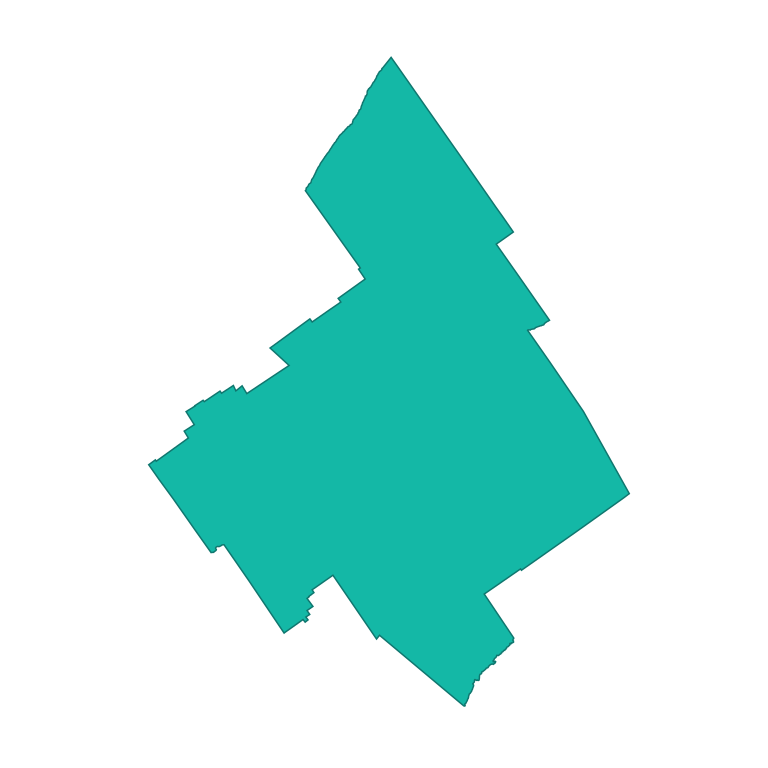 Luján, Buenos Aires, Argentina (orthographic projection), rotated 177°
{"feature_id": "61730980B60632601419482", "entity_name": "Luján", "entity_type": "district", "adm_level": 2, "iso_a3": "ARG", "parent_name": "Argentina", "parent_adm1": "Buenos Aires", "projection": "orthographic", "projection_center": [-59.164, -34.589], "detail": "fine", "context": "isolated", "style": "filled", "palette": "teal", "viewbox_px": 768, "rotation_deg": 177, "n_neighbors": 0, "source": "geoboundaries", "source_scale": "gbopen_adm2", "svg_char_len": 6056}
<svg xmlns="http://www.w3.org/2000/svg" viewBox="0 0 768 768"><g transform="rotate(177 384 384)"><path d="M613.8,300.7L600.8,280.8L580.2,247.9L565.5,224.7L565.2,224.8L562.9,224.8L562.6,225.2L562.3,225.4L560.9,226.3L560.5,226.6L560.1,227.3L560.1,227.6L560.4,227.9L560.7,228.4L560.8,229.0L560.4,229.6L560.0,230.0L559.7,230.2L559.4,230.3L558.7,230.5L557.8,230.3L556.9,230.3L554.9,231.2L554.2,231.7L553.8,231.8L552.2,231.9L529.1,194.4L496.8,140.5L496.3,140.9L477.2,153.0L475.2,150.3L472.2,152.4L474.2,155.4L470.2,157.8L472.7,161.8L466.6,165.6L472.1,173.9L470.0,175.4L470.2,175.8L464.9,179.3L466.5,182.3L445.0,195.7L404.8,129.7L401.6,133.3L321.4,58.6L321.2,58.4L320.5,58.2L320.1,58.2L319.9,58.5L319.8,58.9L320.0,59.2L320.1,59.7L320.1,60.0L319.9,60.3L319.5,60.6L319.2,60.6L318.9,61.1L318.5,61.8L318.1,62.5L317.6,63.2L317.3,63.9L317.1,64.5L316.9,65.0L316.4,65.5L316.1,66.5L315.9,67.0L315.8,68.1L315.4,68.8L315.2,69.7L315.0,70.0L314.2,70.5L313.7,71.2L313.5,71.5L313.2,71.8L312.7,72.4L312.3,73.5L312.0,74.0L311.6,74.7L311.3,75.7L310.5,77.4L310.3,78.0L310.3,78.6L310.4,78.9L310.8,79.5L310.9,79.8L310.9,80.2L310.4,80.5L310.1,81.0L309.4,81.7L309.2,82.6L309.2,83.1L309.1,83.6L308.9,84.0L308.6,84.1L307.7,83.6L307.5,83.3L307.1,83.2L306.7,83.2L306.4,83.5L306.0,83.2L305.7,83.1L305.3,83.0L305.0,83.1L304.6,83.3L304.5,83.6L304.4,84.0L304.2,85.0L304.1,85.5L304.0,86.8L304.0,87.2L303.7,88.2L303.5,88.7L303.1,89.2L302.2,89.4L301.9,89.6L301.7,89.9L301.6,90.4L301.6,90.9L301.4,91.2L301.2,91.5L300.8,91.6L300.4,91.6L299.7,92.3L299.1,92.6L298.5,93.1L298.1,93.4L297.5,93.8L297.2,94.2L297.0,94.7L296.2,95.0L295.3,95.2L295.0,95.4L294.8,95.7L294.6,95.9L294.5,96.3L294.3,96.6L293.8,97.0L293.3,97.4L292.7,98.0L292.4,98.2L292.1,98.3L290.8,98.7L290.5,98.7L289.5,98.3L288.7,98.9L288.2,99.1L287.5,99.8L287.4,100.1L287.2,100.4L287.0,100.8L287.3,101.2L287.9,101.2L288.7,100.8L289.0,101.0L289.4,100.9L289.6,101.5L289.5,102.0L289.1,102.3L288.7,102.6L288.4,103.2L288.3,103.6L288.2,103.8L287.8,104.3L287.0,104.7L286.7,105.0L286.4,105.3L286.1,105.9L285.6,107.1L285.3,107.2L284.8,106.9L284.4,106.8L283.7,107.0L282.8,107.7L282.6,107.9L282.2,108.1L281.5,108.4L281.3,108.7L281.2,109.0L280.8,109.2L280.5,109.4L280.2,110.1L279.9,110.3L279.4,110.4L279.1,110.7L278.2,111.7L277.8,111.8L277.4,111.7L276.9,112.5L276.5,112.6L276.2,112.8L276.0,113.2L275.9,113.6L275.7,113.8L275.4,113.9L275.2,114.6L274.0,115.3L273.7,115.3L273.5,115.5L273.3,115.8L273.0,116.0L272.1,116.7L272.0,117.0L272.0,117.9L271.8,118.2L271.1,117.8L270.6,118.0L270.4,118.8L270.1,118.9L269.6,118.7L269.3,118.8L269.0,119.0L268.5,119.2L268.2,119.4L268.3,119.8L268.1,120.3L268.2,120.7L268.5,120.9L268.8,121.3L268.6,121.8L268.5,122.1L268.4,122.5L268.0,122.7L267.8,123.1L267.7,123.4L267.8,123.7L294.9,169.0L257.3,192.2L256.5,190.8L197.1,228.1L149.9,258.2L144.8,261.7L186.3,346.2L216.9,396.6L237.8,430.1L237.3,430.5L236.4,430.5L235.9,430.5L235.2,430.2L235.0,430.4L234.3,430.9L233.5,430.9L232.5,431.2L231.4,431.1L231.2,431.3L230.4,431.6L230.3,431.9L229.6,432.5L228.9,432.6L228.5,432.8L228.2,432.9L227.4,433.2L226.4,433.4L225.8,433.6L225.5,433.8L225.2,433.9L224.2,433.9L223.8,434.0L223.3,434.3L222.9,434.4L221.8,434.6L221.2,434.9L220.8,435.7L220.5,436.0L219.9,436.5L218.8,437.2L218.5,437.5L217.8,437.8L217.3,438.0L216.6,438.3L216.2,438.5L215.8,438.8L215.4,439.0L239.9,478.4L264.6,517.8L246.9,529.0L256.1,543.9L263.3,555.2L296.6,608.9L326.5,656.6L354.6,701.6L359.8,709.8L368.5,700.0L369.6,699.1L369.5,698.6L369.7,698.3L369.9,697.9L370.6,697.2L370.8,697.1L371.3,696.7L372.2,696.2L372.4,695.9L372.5,695.5L372.7,695.2L373.1,694.8L373.5,694.3L373.9,693.3L374.3,692.8L375.0,692.0L375.7,690.1L376.1,689.4L376.5,688.8L377.0,688.2L377.4,687.5L377.8,686.6L378.2,686.3L378.6,686.1L379.0,685.6L379.4,685.1L380.3,683.4L381.1,682.4L381.3,681.8L381.7,681.3L382.5,680.8L383.0,680.2L383.3,679.9L383.6,679.8L384.0,679.4L384.3,679.0L384.5,678.5L385.2,677.7L385.4,677.3L385.4,676.8L385.6,676.0L385.6,675.2L385.8,674.2L386.3,673.5L386.5,672.9L386.8,672.6L387.2,672.6L387.5,672.5L387.7,671.5L388.1,670.7L388.2,670.4L388.5,669.9L388.8,669.4L389.0,668.8L389.3,668.4L389.9,667.1L390.1,666.7L390.5,666.3L390.7,665.9L390.8,665.5L391.1,664.4L391.4,663.9L391.9,663.0L392.4,661.6L392.5,660.9L392.8,660.0L393.3,659.4L394.2,659.0L394.6,658.6L394.7,658.0L394.7,657.5L394.9,657.1L395.6,656.3L395.8,655.8L395.9,655.3L396.1,655.0L396.4,654.5L397.2,653.8L397.5,653.5L397.8,652.9L398.0,652.5L399.0,651.5L399.9,650.4L400.7,649.8L400.9,649.5L401.1,648.6L401.3,648.2L401.5,648.0L401.6,647.5L401.6,647.0L401.8,646.5L402.3,645.5L402.6,645.2L402.9,645.0L403.7,644.8L404.0,644.8L404.2,644.4L404.4,644.0L404.7,643.6L405.0,643.3L406.0,643.0L406.5,642.8L407.3,642.0L407.4,641.7L409.1,640.2L409.9,639.4L410.3,638.8L410.8,638.3L411.3,638.0L411.6,637.9L412.6,636.7L413.6,635.9L413.9,635.6L414.4,635.2L414.8,634.9L415.3,634.6L415.5,634.1L416.3,633.2L416.7,632.6L417.0,631.8L417.3,631.6L417.7,631.2L418.3,630.5L418.6,629.9L418.8,629.5L419.8,628.1L420.2,627.7L420.6,627.6L420.9,627.3L421.3,626.5L422.2,625.6L422.4,625.2L423.3,624.1L424.0,622.9L425.0,621.7L425.9,620.4L427.1,618.5L427.4,618.3L428.3,617.4L428.7,617.0L429.4,616.0L430.2,615.1L430.4,614.6L431.3,613.8L431.6,613.2L432.2,612.4L433.8,610.3L434.9,608.9L435.7,607.9L436.1,607.3L436.6,606.2L436.9,605.7L437.3,605.1L438.1,604.2L438.4,603.8L439.7,601.5L440.0,601.1L440.3,600.5L440.6,600.2L440.7,599.6L441.2,598.7L441.7,597.9L442.0,597.1L442.8,595.9L443.4,594.7L443.7,594.1L444.6,593.0L445.0,592.5L445.4,592.0L446.0,590.5L446.1,590.1L446.2,589.6L446.5,589.0L446.8,588.5L447.9,588.0L448.2,587.7L448.5,587.4L448.9,586.8L449.1,586.3L449.6,585.4L450.0,585.0L450.3,584.7L450.7,584.3L451.3,583.9L451.5,583.5L451.5,582.4L451.7,581.9L452.0,581.7L452.4,581.2L401.6,501.1L403.4,500.0L397.3,489.8L425.3,471.9L422.8,468.1L435.2,460.5L452.5,449.7L454.6,452.9L495.9,425.9L477.8,407.5L521.5,381.6L525.8,389.6L532.3,384.9L534.5,390.4L546.7,383.3L548.1,385.5L564.4,375.8L565.5,377.2L574.0,372.3L573.8,371.9L583.1,366.8L575.6,353.3L586.0,347.4L582.2,340.3L615.5,318.8L616.3,320.2L623.2,315.7L613.8,300.7Z" fill="#14b8a6" stroke="#0f766e" stroke-width="1.5"/></g></svg>